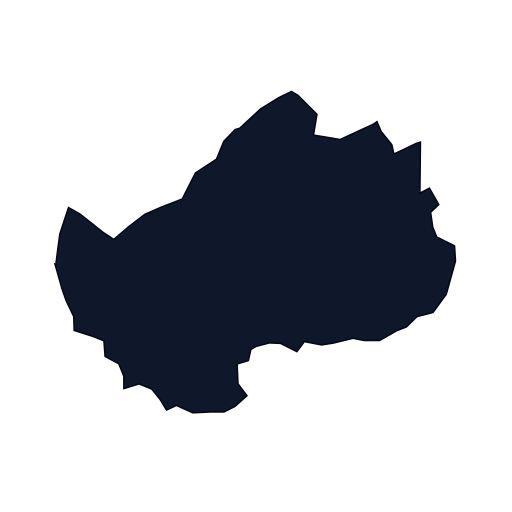 Thrinia, Paphos, Cyprus (Equal Earth projection), rotated 11°
{"feature_id": "46923920B18450793739179", "entity_name": "Thrinia", "entity_type": "district", "adm_level": 2, "iso_a3": "CYP", "parent_name": "Cyprus", "parent_adm1": "Paphos", "projection": "equal_earth", "projection_center": [32.52, 34.911], "detail": "fine", "context": "isolated", "style": "filled", "palette": "ink", "viewbox_px": 512, "rotation_deg": 11, "n_neighbors": 0, "source": "geoboundaries", "source_scale": "gbopen_adm2", "svg_char_len": 1150}
<svg xmlns="http://www.w3.org/2000/svg" viewBox="0 0 512 512"><g transform="rotate(11 256 256)"><path d="M60.2,302.3L63.0,307.8L72.0,325.6L78.2,336.2L88.6,350.2L90.0,356.2L91.7,363.8L111.5,366.1L122.9,368.3L127.0,383.4L141.9,388.0L149.2,399.3L151.6,411.4L165.5,403.9L179.0,406.5L189.3,415.2L197.6,424.3L206.3,417.9L224.0,422.0L240.6,417.9L254.4,415.2L264.1,407.6L273.8,394.9L273.4,394.5L262.7,384.8L258.1,365.6L268.5,360.1L268.8,348.8L273.4,344.7L285.7,338.8L296.8,337.1L314.4,342.1L319.8,330.8L337.4,330.8L348.6,326.7L366.9,318.3L378.4,318.3L393.4,315.4L408.0,302.8L417.2,296.9L425.6,284.8L440.5,277.7L450.1,257.2L452.8,222.9L449.0,208.2L429.8,202.8L424.0,194.0L419.1,179.8L425.6,170.6L413.3,156.3L404.9,163.0L400.3,137.9L395.7,112.8L391.8,114.9L371.9,129.6L368.1,120.8L355.1,109.9L349.1,101.0L346.3,104.0L316.3,125.6L289.4,126.3L288.8,105.3L266.6,90.3L259.5,87.7L248.1,96.2L232.5,110.6L215.6,133.7L211.4,135.8L202.5,149.6L198.7,168.5L180.7,186.0L172.7,214.1L153.5,226.2L138.9,236.3L126.3,250.5L113.2,266.8L101.0,261.8L75.3,248.4L62.7,244.2L59.2,271.8L60.0,285.6L61.1,302.4L60.2,302.3Z" fill="#0f172a" stroke="#020617" stroke-width="1.5"/></g></svg>